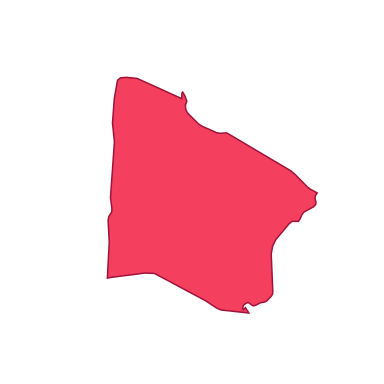 map outline of Tadjourah (Equal Earth projection), rotated 335°
{"feature_id": "DJI-1571", "entity_name": "Tadjourah", "entity_type": "Region", "adm_level": 1, "iso_a3": "DJI", "parent_name": "Djibouti", "parent_adm1": "", "projection": "equal_earth", "projection_center": [42.622, 12.035], "detail": "fine", "context": "isolated", "style": "filled", "palette": "rose", "viewbox_px": 384, "rotation_deg": 335, "n_neighbors": 0, "source": "natural_earth", "source_scale": "10m", "svg_char_len": 1071}
<svg xmlns="http://www.w3.org/2000/svg" viewBox="0 0 384 384"><g transform="rotate(335 192 192)"><path d="M78.9,234.3L95.7,202.7L103.9,182.4L106.2,179.1L111.0,176.0L112.6,172.7L115.7,162.7L142.9,113.7L149.1,95.8L161.3,74.1L171.8,59.2L175.4,58.3L180.9,60.3L190.2,65.8L222.1,103.0L224.8,97.9L225.8,97.5L226.2,102.0L225.7,107.4L222.9,110.4L222.2,111.8L221.6,113.5L221.2,115.5L221.3,117.7L221.8,119.8L226.5,132.6L227.6,134.6L229.1,136.9L239.2,148.4L241.1,149.9L243.2,151.1L248.4,153.0L290.5,214.6L292.8,219.6L298.6,235.9L300.3,239.3L305.1,245.8L303.1,246.9L301.7,248.1L300.8,250.0L300.0,253.8L298.9,255.5L296.1,256.8L285.0,257.5L282.0,259.0L279.0,261.8L276.0,263.6L270.4,260.9L266.6,261.8L247.6,270.7L242.3,275.0L237.6,281.7L223.3,316.1L221.9,318.5L220.0,319.9L213.7,322.4L211.8,322.5L206.9,321.3L201.6,321.6L199.9,321.3L198.7,320.3L196.8,316.7L195.7,315.7L191.3,316.1L188.9,318.4L188.9,320.3L191.5,319.4L192.4,325.4L192.4,325.7L168.7,311.4L165.6,308.1L158.4,296.4L123.6,250.0L115.2,245.6L82.2,235.1L78.9,234.3Z" fill="#f43f5e" stroke="#9f1239" stroke-width="1.5"/></g></svg>